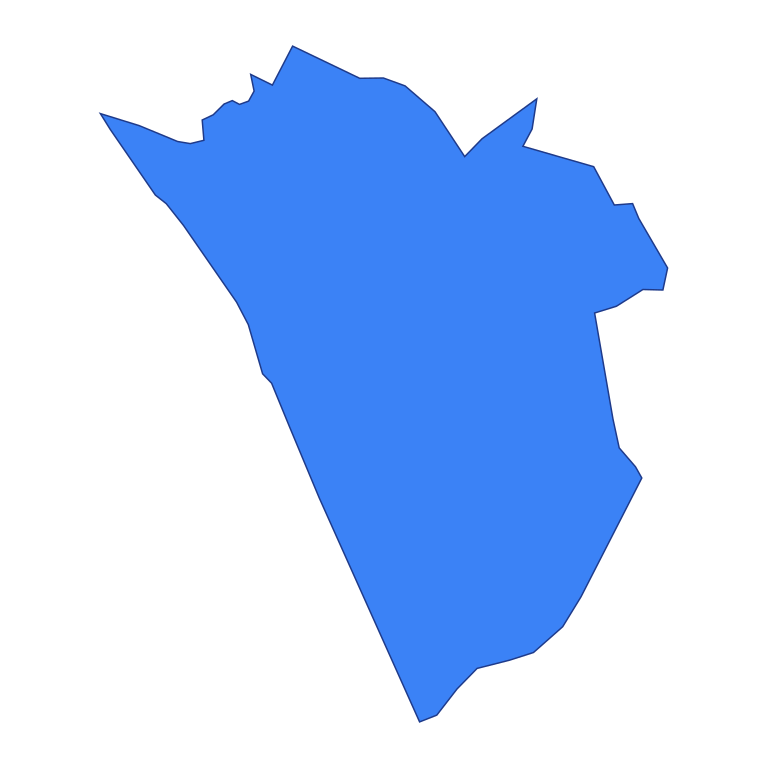 Yashnobod, Tashkent, Uzbekistan (Mercator projection)
{"feature_id": "79887680B98736397831484", "entity_name": "Yashnobod", "entity_type": "district", "adm_level": 2, "iso_a3": "UZB", "parent_name": "Uzbekistan", "parent_adm1": "Tashkent", "projection": "mercator", "projection_center": [69.301, 41.243], "detail": "fine", "context": "isolated", "style": "filled", "palette": "blue", "viewbox_px": 768, "rotation_deg": 0, "n_neighbors": 0, "source": "geoboundaries", "source_scale": "gbopen_adm2", "svg_char_len": 796}
<svg xmlns="http://www.w3.org/2000/svg" viewBox="0 0 768 768"><path d="M635.5,466.8L619.2,447.9L613.0,419.2L594.6,313.0L616.5,306.2L642.9,289.5L662.9,290.0L667.6,268.0L638.8,218.5L632.6,203.6L614.3,205.0L593.7,166.7L522.9,146.3L532.1,129.0L536.8,98.8L482.1,138.7L464.7,156.6L435.0,111.7L405.1,85.9L383.4,78.0L359.7,78.3L292.6,46.1L272.4,85.1L250.7,74.4L254.1,91.1L248.6,101.1L239.5,104.4L232.3,100.6L224.1,104.0L213.2,114.8L202.2,120.0L203.9,140.3L190.3,143.6L177.6,141.5L139.4,125.7L100.4,113.6L110.3,129.5L155.4,195.1L166.3,203.7L183.4,225.3L236.6,302.2L248.3,324.6L262.6,373.8L271.6,383.2L289.6,427.0L319.1,497.6L419.6,721.9L436.8,715.1L457.0,689.0L477.1,668.4L509.8,660.1L533.5,652.5L562.7,626.7L581.0,596.8L641.8,478.0L635.5,466.8Z" fill="#3b82f6" stroke="#1e3a8a" stroke-width="1.5"/></svg>